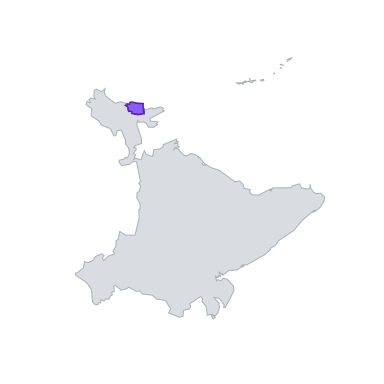 where Manipur sits in India, rotated 252°
{"feature_id": "IND-2478", "entity_name": "Manipur", "entity_type": "State", "adm_level": 1, "iso_a3": "IND", "parent_name": "India", "parent_adm1": "", "projection": "mercator", "projection_center": [93.694, 24.765], "detail": "fine", "context": "in_parent", "style": "filled", "palette": "violet", "viewbox_px": 384, "rotation_deg": 252, "n_neighbors": 0, "source": "natural_earth", "source_scale": "10m", "svg_char_len": 6094}
<svg xmlns="http://www.w3.org/2000/svg" viewBox="0 0 384 384"><g transform="rotate(252 192 192)"><path d="M64.8,172.9L69.6,171.9L70.1,168.5L79.1,170.0L85.0,167.6L87.0,169.3L89.9,167.7L86.4,155.5L83.1,155.1L81.6,153.1L82.1,147.4L76.5,145.0L76.7,141.3L84.3,132.4L87.7,135.6L97.1,133.1L101.2,125.2L106.1,122.5L110.3,113.4L114.0,111.8L114.8,108.3L121.2,102.3L120.2,100.7L120.5,94.2L127.2,90.2L126.4,88.5L121.6,87.3L121.4,84.6L118.8,84.4L118.3,82.1L115.7,80.1L117.0,76.7L115.5,74.5L117.8,72.1L114.8,70.8L115.4,69.1L113.9,67.6L115.3,64.7L118.3,63.5L130.6,66.3L138.3,63.8L148.8,55.7L150.9,55.9L150.7,58.3L153.4,65.2L159.0,68.4L156.9,71.4L157.6,76.8L160.5,80.2L161.2,87.2L158.6,88.7L156.7,86.2L154.0,87.0L157.0,92.8L157.0,99.3L160.2,98.5L163.6,102.7L169.3,104.8L169.7,107.0L176.8,111.1L171.5,115.5L168.6,124.5L184.2,134.0L191.4,135.9L191.9,137.4L196.7,138.9L203.7,137.7L208.2,139.6L208.9,142.1L213.7,145.0L216.6,144.1L218.6,146.4L237.8,148.6L239.2,145.2L237.7,141.2L239.0,133.2L242.8,131.8L244.8,132.6L244.3,137.4L245.6,139.4L244.2,140.8L247.8,144.3L253.2,145.4L258.3,143.6L261.7,144.8L272.7,143.9L273.4,139.7L269.2,137.1L269.5,135.1L277.5,133.9L283.6,126.5L288.1,125.5L295.6,119.6L302.3,122.4L307.9,118.3L310.7,120.3L308.7,121.9L308.8,123.5L311.4,122.3L312.7,125.1L310.1,128.6L312.9,128.1L319.1,130.5L319.2,133.3L315.2,136.8L317.2,141.4L314.0,139.3L309.3,140.0L300.0,146.5L300.0,151.9L295.2,158.9L296.3,161.5L291.3,172.7L284.3,170.9L284.6,179.8L282.9,180.7L282.7,188.3L280.6,190.6L279.0,189.2L277.7,190.7L274.8,174.5L272.1,174.5L269.4,181.2L267.8,179.1L266.7,180.1L265.4,175.5L267.2,170.6L271.6,169.7L273.6,167.6L274.7,163.1L276.8,162.5L273.1,160.3L259.1,160.4L253.8,159.1L253.7,152.8L252.4,150.2L251.3,152.2L249.8,152.2L246.7,148.3L245.0,149.8L241.0,146.8L241.6,148.7L238.5,153.4L246.1,159.4L241.8,160.1L238.0,165.5L244.1,168.9L242.8,174.6L244.1,178.6L245.9,179.3L247.0,193.7L245.3,192.9L244.3,194.4L243.4,189.3L242.9,193.7L240.3,192.8L238.9,193.9L239.5,189.2L237.3,187.0L239.2,189.3L237.4,192.1L230.0,195.2L227.9,197.7L228.9,202.7L226.9,206.3L223.6,209.1L222.5,208.7L222.2,210.1L216.6,212.0L216.0,210.2L213.8,211.4L213.2,212.9L215.5,212.6L209.6,217.3L203.8,224.9L188.6,235.9L187.7,240.8L183.4,242.9L179.2,242.8L176.5,248.1L173.6,246.8L170.6,248.5L168.5,254.3L170.7,268.6L169.4,266.5L168.5,267.5L171.0,269.7L165.3,288.0L166.7,289.0L166.6,296.8L162.0,297.4L158.8,303.5L159.5,305.5L162.9,306.8L159.1,306.1L154.2,307.6L152.2,309.4L151.1,313.9L146.3,316.6L142.4,314.5L137.9,309.3L135.9,304.5L135.2,300.3L137.1,303.7L136.1,300.3L130.7,287.5L123.9,276.8L119.0,259.5L115.2,254.3L114.2,249.0L112.9,248.5L109.9,241.7L105.8,221.7L107.0,218.2L106.7,217.0L105.5,218.7L105.2,217.7L105.3,215.7L106.8,215.9L105.1,215.1L104.0,210.7L106.0,202.9L103.7,196.4L104.6,195.5L103.6,195.5L107.9,192.8L102.9,193.3L104.3,190.8L102.8,190.7L103.0,189.0L105.3,188.3L99.8,187.9L100.6,189.6L98.5,192.2L100.4,194.9L98.3,198.4L89.7,202.3L85.0,201.4L71.8,187.8L72.5,186.4L74.5,187.8L82.3,185.1L85.0,180.2L77.8,183.3L74.1,182.5L68.9,179.2L67.0,175.6L70.1,172.9L65.4,175.4L64.8,172.9ZM279.0,286.0L277.4,283.0L279.6,279.8L280.2,269.7L282.0,268.0L280.4,273.4L281.3,277.0L280.2,278.0L279.0,286.0ZM288.6,324.0L288.7,328.3L287.2,326.0L288.6,324.0ZM277.1,294.7L275.9,294.8L275.8,293.0L277.2,291.7L277.1,294.7ZM284.7,317.1L284.6,318.4L284.3,317.2L284.7,317.1ZM286.1,315.4L285.6,317.1L285.7,315.3L286.1,315.4ZM287.5,322.5L287.0,323.8L286.6,323.3L287.5,322.5ZM279.8,306.9L279.0,307.0L279.3,306.3L279.8,306.9ZM278.7,286.6L277.9,287.3L278.3,286.2L278.7,286.6ZM281.6,281.5L282.0,282.8L281.0,281.8L281.6,281.5ZM282.7,315.1L282.0,314.9L282.3,314.2L282.7,315.1ZM279.1,273.4L278.7,274.7L278.9,273.3L279.1,273.4Z" fill="#d9dde1" stroke="#a8b0b8" stroke-width="1"/><path d="M295.8,157.6L295.7,157.8L295.5,158.1L294.9,159.6L295.0,160.0L295.2,160.3L295.5,160.4L295.8,160.5L296.2,160.6L296.3,160.9L296.4,161.3L296.3,161.7L296.2,162.0L295.9,163.0L295.7,163.3L295.4,163.7L295.3,164.0L295.3,164.4L295.2,164.5L294.9,164.8L294.7,164.8L294.4,165.6L294.3,165.8L293.9,166.1L293.7,166.3L293.6,166.8L293.4,167.0L293.3,167.5L293.2,167.6L293.0,167.8L293.0,168.0L292.8,168.3L292.7,168.4L292.7,168.5L292.7,168.8L292.6,169.0L292.2,170.0L292.1,170.4L292.1,170.7L292.0,170.9L291.9,171.0L291.8,171.4L291.8,171.6L291.4,172.1L291.3,172.3L291.3,172.5L291.3,172.9L291.2,173.0L290.9,172.9L290.8,172.7L290.6,172.6L290.1,172.3L289.9,172.3L289.6,172.2L289.4,172.1L289.1,172.1L288.4,172.1L287.9,171.6L287.6,171.5L287.2,171.4L286.8,171.4L286.6,171.6L286.5,171.8L286.4,171.8L286.2,171.7L286.0,171.8L285.8,171.9L285.6,171.9L285.4,171.9L285.3,171.7L285.0,171.3L284.9,171.2L284.6,170.8L284.5,170.7L284.2,170.8L284.1,171.1L283.7,171.4L283.6,171.2L283.5,170.9L283.4,170.9L283.3,171.0L283.2,171.1L282.9,171.1L282.7,170.9L282.6,171.0L282.4,171.1L282.2,171.0L282.2,170.9L281.4,170.6L281.2,170.5L281.3,170.4L281.4,170.2L281.4,169.8L281.5,169.6L281.6,169.3L281.6,169.2L281.5,168.9L281.7,168.7L281.8,168.5L281.8,168.4L281.6,168.1L281.6,167.8L281.6,167.7L281.8,167.3L281.9,166.5L282.0,166.2L282.3,166.0L282.3,165.8L282.1,165.6L282.3,165.3L282.4,165.1L282.2,165.0L282.2,164.9L282.2,164.7L282.3,164.6L282.3,164.4L282.4,164.1L282.5,163.9L282.5,163.7L282.8,163.6L282.9,163.8L283.0,163.8L283.2,163.7L283.2,163.4L283.4,163.1L283.6,162.8L283.6,162.6L283.5,162.4L283.8,162.3L283.8,162.2L283.7,161.9L283.7,161.7L283.8,161.5L283.8,161.4L284.1,161.4L284.2,161.2L284.3,161.0L284.4,160.9L284.4,160.7L284.6,160.2L284.9,159.7L285.0,159.4L285.3,159.0L285.5,159.2L285.6,159.3L285.8,159.3L286.0,159.5L286.3,159.6L286.5,159.9L286.6,160.0L286.8,159.9L287.1,159.4L287.4,158.9L287.5,158.6L287.7,158.4L288.5,157.6L288.5,157.4L288.4,157.3L288.3,157.2L288.1,157.1L288.1,156.9L288.4,156.7L289.5,156.6L289.9,156.7L290.1,156.6L290.4,156.6L290.5,156.7L290.8,156.9L291.0,157.0L291.5,156.9L291.6,157.0L291.8,157.1L292.0,157.2L292.3,157.1L293.0,157.0L293.3,156.9L293.5,156.7L293.8,156.3L293.9,156.2L294.3,156.0L294.4,155.9L295.1,155.3L295.2,155.5L295.1,155.9L295.1,156.2L295.0,156.4L294.8,156.9L294.8,157.0L295.0,157.2L295.4,157.5L295.5,157.6L295.8,157.6L295.8,157.6Z" fill="#8b5cf6" stroke="#5b21b6" stroke-width="1.5"/></g></svg>